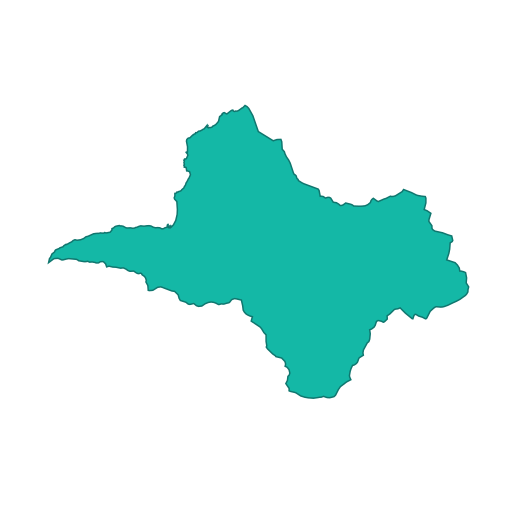 outline of Dalvíkurbyggð, Norðurland eystra, Iceland, rotated 262°
{"feature_id": "244011B31014041409595", "entity_name": "Dalvíkurbyggð", "entity_type": "district", "adm_level": 2, "iso_a3": "ISL", "parent_name": "Iceland", "parent_adm1": "Norðurland eystra", "projection": "albers", "projection_center": [-18.585, 65.893], "detail": "fine", "context": "isolated", "style": "filled", "palette": "teal", "viewbox_px": 512, "rotation_deg": 262, "n_neighbors": 0, "source": "geoboundaries", "source_scale": "gbopen_adm2", "svg_char_len": 6126}
<svg xmlns="http://www.w3.org/2000/svg" viewBox="0 0 512 512"><g transform="rotate(262 256 256)"><path d="M190.9,460.8L193.1,461.2L195.8,462.3L200.1,460.4L205.0,461.5L210.4,461.2L211.5,459.5L212.5,457.0L212.7,455.7L215.8,455.6L219.0,454.2L221.7,452.2L225.6,444.3L231.7,447.3L235.7,448.7L242.0,450.1L243.0,452.3L244.0,453.0L248.6,452.6L250.3,448.9L253.0,444.0L255.8,436.5L257.5,434.7L258.8,434.1L261.5,434.4L266.2,432.0L268.1,432.4L273.9,435.1L277.0,431.7L278.6,429.0L284.9,431.6L289.6,432.3L291.3,431.9L292.2,428.3L293.4,424.7L294.1,423.2L297.1,418.9L301.3,411.4L299.4,409.7L296.2,402.5L295.9,400.6L296.0,398.7L296.5,397.4L294.9,392.7L294.6,390.7L292.9,384.7L293.7,383.4L296.8,380.2L295.9,378.7L294.8,377.6L293.0,376.7L291.3,373.9L290.5,371.0L290.6,367.8L291.0,364.6L291.9,359.7L293.1,358.6L294.0,357.1L296.0,352.2L294.7,349.8L294.2,348.5L294.2,346.9L294.4,346.3L295.8,345.2L297.6,343.0L298.5,340.0L303.0,338.0L303.9,336.6L304.1,335.2L303.7,332.8L305.5,330.9L306.1,329.1L306.2,327.9L312.0,327.6L313.6,326.9L320.9,313.4L322.2,311.5L324.8,308.5L326.0,308.3L327.1,307.3L329.8,306.9L330.8,306.2L331.3,305.3L333.1,304.6L343.1,302.8L346.4,301.7L350.0,299.9L353.2,298.9L355.3,298.6L358.1,296.8L365.5,297.4L368.0,296.9L368.4,293.0L367.7,289.1L378.9,275.6L395.3,272.4L403.1,269.4L405.2,267.9L406.6,266.1L404.6,263.5L404.6,262.9L402.7,259.4L402.1,257.7L402.2,256.3L402.4,255.9L402.1,255.1L402.2,254.5L402.7,253.7L403.6,253.5L403.8,252.8L403.3,251.4L400.8,247.1L400.8,246.6L402.4,244.6L402.3,243.5L401.4,242.2L401.0,242.4L400.5,241.9L400.3,241.7L400.4,241.4L399.6,240.5L399.2,239.4L395.0,237.8L393.8,236.9L391.7,234.4L390.8,232.2L390.7,231.4L390.0,230.7L389.6,229.8L389.5,228.8L389.7,227.9L389.5,226.7L390.1,225.9L390.8,226.2L390.6,225.9L390.7,225.5L391.2,225.1L391.9,225.4L392.0,225.8L392.3,225.8L389.1,222.3L388.9,221.3L388.5,220.6L387.6,218.2L387.6,216.5L386.3,214.5L386.5,213.4L385.4,212.7L385.4,212.0L385.0,211.0L384.7,210.9L384.6,210.2L382.2,206.9L382.2,205.5L381.8,204.6L380.8,203.6L379.4,203.1L373.7,203.4L369.1,202.7L368.5,202.2L368.6,201.8L368.2,202.5L367.5,202.2L367.6,201.8L369.1,200.9L367.5,201.7L367.4,202.2L365.2,202.5L362.1,200.6L361.9,199.6L362.0,198.8L361.0,198.6L360.9,198.4L360.9,197.9L359.7,198.2L358.4,197.6L356.9,197.9L356.2,197.6L356.0,197.2L354.8,197.5L354.0,197.3L353.7,198.0L353.6,198.8L353.3,199.1L350.0,199.2L350.1,199.8L349.2,200.7L349.1,201.6L348.7,202.0L345.6,202.4L342.5,200.5L342.0,199.9L339.2,198.0L338.3,197.1L335.7,195.8L335.0,194.9L333.4,194.0L332.1,191.9L331.2,191.0L330.8,190.1L330.6,188.4L330.1,187.5L330.4,186.7L329.6,186.1L329.3,185.5L329.3,184.4L326.6,184.0L325.0,183.1L323.7,183.3L320.9,185.2L312.9,184.6L308.1,183.7L302.4,181.5L298.4,178.6L297.2,177.2L297.8,174.3L297.7,174.3L297.1,176.4L296.5,176.3L296.1,175.5L296.8,175.5L295.8,174.9L296.2,173.4L298.3,173.9L297.8,173.6L297.7,172.5L297.9,172.4L298.9,172.7L300.0,173.9L299.0,172.5L296.9,172.0L296.6,169.7L296.1,168.6L295.9,167.5L296.1,166.4L297.3,164.7L297.8,162.6L297.9,160.7L298.0,160.2L298.8,158.3L300.3,156.2L300.9,154.4L301.1,152.1L301.1,149.3L301.9,146.0L301.6,144.0L301.0,142.1L301.0,140.7L300.5,139.5L300.7,137.4L301.3,135.9L301.7,132.0L302.2,130.9L304.0,128.5L304.6,126.6L304.6,125.9L305.2,124.9L305.0,121.5L304.6,120.2L303.6,118.8L303.2,117.2L301.7,116.9L299.8,114.8L299.8,112.7L299.6,111.4L299.8,110.9L299.9,109.8L300.3,109.5L299.8,108.2L300.3,105.8L300.5,105.3L300.3,103.4L300.6,101.1L300.6,98.2L298.9,92.4L298.7,90.3L297.3,87.8L296.5,84.6L296.5,81.0L297.3,79.0L296.8,77.1L295.7,75.5L295.1,73.6L293.8,70.4L293.7,70.0L294.0,69.8L294.0,69.4L292.9,67.1L292.0,66.2L291.4,62.9L290.9,62.3L290.0,58.7L289.5,57.9L288.0,57.0L286.4,54.2L283.2,52.3L282.3,51.2L278.3,49.7L281.2,55.0L281.5,55.9L281.3,59.3L281.0,60.2L279.2,63.0L279.0,64.2L279.4,67.8L279.5,70.1L277.7,77.7L277.0,78.8L276.0,79.7L274.3,85.1L274.1,86.9L274.2,88.6L273.1,90.3L272.9,93.0L271.9,96.0L271.4,96.6L271.1,98.8L271.2,99.4L272.0,101.0L271.8,103.5L271.5,104.2L269.1,106.0L266.0,106.6L266.4,109.0L265.0,112.6L264.4,115.7L262.8,120.2L262.7,123.0L261.2,125.3L259.3,127.4L258.4,129.1L258.1,132.8L255.8,135.3L254.9,136.9L254.9,138.0L255.1,139.3L254.5,140.3L253.4,140.5L251.3,142.7L249.8,143.5L247.3,144.0L245.6,143.4L241.8,144.8L237.0,144.5L236.6,145.5L236.4,148.4L236.5,149.3L238.7,154.3L238.7,157.5L233.1,167.8L232.3,170.5L228.4,173.5L224.7,174.0L222.5,174.9L220.0,180.1L217.9,182.1L217.4,183.2L217.3,184.4L217.6,187.5L217.4,188.0L215.1,190.1L214.1,192.1L214.0,195.4L215.8,199.0L216.6,202.1L216.7,203.3L216.7,205.2L216.0,207.6L215.1,209.4L213.2,212.1L213.1,212.8L213.4,214.6L213.3,215.7L213.0,216.5L212.9,217.7L213.3,220.2L213.5,222.7L214.0,223.6L215.9,225.5L216.3,226.2L216.8,228.7L216.3,230.6L214.4,235.4L208.3,235.9L204.2,235.8L202.0,236.7L200.1,238.0L198.9,239.4L197.5,241.5L196.4,244.0L192.2,242.2L185.1,250.2L183.2,251.4L179.0,253.2L176.5,255.0L169.9,254.1L165.6,254.2L164.4,253.5L162.4,254.5L156.7,258.9L154.6,261.2L153.6,261.7L151.4,267.2L147.5,270.0L144.9,270.3L142.7,269.5L141.9,270.9L140.9,271.7L138.8,272.9L135.3,273.2L133.3,272.2L132.4,270.9L128.4,269.8L125.5,267.8L120.2,270.4L117.9,270.0L117.2,271.1L115.5,275.5L114.8,276.7L111.2,280.8L109.4,284.6L108.3,288.0L107.2,293.1L107.2,297.6L107.3,299.7L107.1,300.7L107.6,303.4L106.2,306.1L105.8,307.2L105.4,309.4L105.6,311.5L105.9,313.7L107.1,315.4L112.3,319.0L114.9,321.4L118.7,328.2L120.3,332.7L123.1,331.9L124.7,331.9L128.7,333.2L131.2,334.4L134.3,336.4L134.3,337.5L134.6,338.5L135.5,340.3L136.1,341.0L136.9,341.8L140.2,343.5L140.9,344.2L142.8,348.5L145.1,348.4L148.0,349.3L154.5,354.1L155.5,355.8L157.8,357.0L163.1,358.3L167.2,358.3L167.6,360.3L169.1,363.0L170.8,364.4L174.1,366.0L174.7,366.7L175.1,367.8L174.9,368.7L173.9,371.2L172.8,372.7L172.7,373.3L173.4,374.6L175.3,377.2L178.5,377.5L180.0,380.5L183.8,385.6L184.0,386.8L184.0,389.2L184.6,391.5L178.7,395.9L172.2,401.9L172.0,402.6L175.2,404.2L176.1,405.5L175.8,406.4L173.9,408.7L172.2,412.3L170.2,415.1L170.3,415.9L170.7,416.4L177.0,420.8L179.6,424.6L180.6,426.6L180.7,427.4L179.7,431.9L179.6,433.5L179.7,435.0L180.5,439.0L182.3,444.6L183.3,448.1L184.7,451.9L187.9,458.0L188.9,459.2L190.9,460.8Z" fill="#14b8a6" stroke="#0f766e" stroke-width="1.5"/></g></svg>